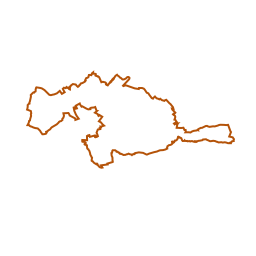 Nogales, Veracruz, Mexico, rotated 113°
{"feature_id": "50627088B81981974228301", "entity_name": "Nogales", "entity_type": "district", "adm_level": 2, "iso_a3": "MEX", "parent_name": "Mexico", "parent_adm1": "Veracruz", "projection": "natural_earth1", "projection_center": [-97.192, 18.835], "detail": "fine", "context": "isolated", "style": "outline", "palette": "amber", "viewbox_px": 256, "rotation_deg": 113, "n_neighbors": 0, "source": "geoboundaries", "source_scale": "gbopen_adm2", "svg_char_len": 5879}
<svg xmlns="http://www.w3.org/2000/svg" viewBox="0 0 256 256"><g transform="rotate(113 128 128)"><path d="M114.2,199.1L114.8,199.5L115.0,200.1L114.5,200.6L115.7,201.2L115.7,201.4L116.4,201.7L116.2,201.7L116.0,202.7L117.4,203.3L119.1,201.3L119.8,200.3L122.4,202.2L120.5,205.3L123.9,207.0L126.2,209.4L126.4,209.9L127.9,211.8L128.2,213.4L125.7,219.7L125.2,222.8L125.4,224.3L126.2,227.5L126.4,228.2L126.7,228.3L128.6,228.1L129.9,227.5L130.5,227.4L131.4,228.2L132.0,228.2L132.2,228.9L132.6,229.2L135.6,230.4L137.1,229.6L141.9,228.7L143.3,228.7L144.0,228.2L144.6,228.8L146.1,229.3L147.7,228.6L149.4,228.2L150.5,228.1L150.4,226.3L150.4,224.0L152.3,222.8L153.1,222.9L154.8,221.9L157.7,221.6L159.4,221.2L160.1,221.8L161.9,221.4L164.6,221.6L164.0,220.1L164.5,219.2L164.6,218.2L164.4,217.5L164.5,215.4L164.3,213.3L163.9,211.9L163.7,210.8L164.9,207.8L165.5,207.1L167.2,204.4L167.0,203.8L166.1,202.3L165.3,201.3L164.2,201.1L164.1,201.5L163.5,201.9L162.5,200.9L161.2,200.3L159.7,199.2L158.0,198.8L157.1,198.4L152.5,195.0L149.9,193.9L149.4,193.9L148.6,193.4L147.8,192.3L146.2,191.5L145.4,192.0L144.8,191.9L143.8,191.5L141.8,191.7L139.7,193.2L137.5,188.7L138.4,187.3L139.3,186.6L139.8,180.5L140.1,180.1L141.1,179.6L138.7,177.0L137.1,179.7L135.8,181.4L133.2,184.1L130.4,186.0L129.4,184.9L130.9,184.0L129.9,182.7L127.9,184.8L124.3,182.0L125.1,181.3L126.5,179.1L125.9,178.6L126.4,173.9L126.4,171.9L125.4,170.1L124.8,170.6L123.8,169.9L122.3,167.2L121.5,166.4L124.5,163.6L124.4,163.2L126.8,164.4L127.0,161.4L127.5,160.8L128.3,160.1L128.4,159.7L127.2,159.3L127.7,156.1L133.2,157.4L133.4,155.1L134.5,153.1L135.2,151.0L136.9,153.0L137.7,153.0L137.6,153.9L138.7,153.5L139.1,154.0L139.9,153.2L141.2,155.2L144.6,155.1L145.8,153.8L147.2,152.6L147.7,153.3L148.0,153.0L148.4,153.3L149.3,154.5L149.2,154.9L148.9,155.1L148.4,154.5L148.1,154.6L147.8,154.9L147.7,155.4L151.0,159.6L149.6,160.8L150.3,161.7L150.8,161.3L151.5,162.6L155.2,160.9L156.9,165.4L157.8,165.1L158.4,164.7L158.4,164.3L157.8,162.6L157.9,161.5L158.3,161.0L158.6,161.0L159.1,161.0L159.6,161.7L160.0,161.6L160.2,160.9L159.9,159.9L160.0,159.0L161.0,158.7L161.7,158.1L162.5,157.7L163.0,157.1L163.1,156.2L163.3,156.1L164.2,154.6L166.1,153.0L167.0,152.5L168.1,151.3L168.4,150.7L169.1,150.1L169.4,149.5L171.9,148.9L172.4,148.6L172.5,147.9L172.4,147.6L173.3,145.8L173.8,142.8L173.8,142.5L173.6,142.4L173.0,142.4L173.1,142.1L174.0,141.2L175.0,139.1L175.1,138.4L174.9,136.8L174.4,136.1L172.9,138.2L169.5,132.5L168.8,133.1L165.3,128.8L164.6,129.0L163.7,129.7L161.6,130.6L160.9,131.1L159.9,132.2L157.6,133.5L157.0,133.0L155.3,133.5L154.5,133.4L153.5,131.1L153.9,129.5L154.3,129.3L154.3,128.9L153.9,128.2L154.4,127.0L154.1,126.2L154.8,125.6L154.9,125.1L154.4,124.0L154.6,121.6L153.6,119.7L152.8,119.1L152.3,118.2L151.4,117.5L151.4,115.8L151.1,114.7L151.4,113.8L150.4,113.4L150.1,112.9L149.4,112.4L149.8,112.3L149.5,111.8L148.5,111.5L148.0,111.1L146.2,108.5L145.0,104.4L145.2,100.6L145.0,100.1L143.2,98.4L140.1,94.6L138.3,92.1L137.0,90.9L136.0,89.8L134.6,87.0L133.1,85.1L131.7,83.9L131.4,84.4L130.3,84.3L129.5,84.6L127.8,83.6L127.2,82.6L126.1,81.5L125.1,81.1L123.4,82.1L123.1,81.7L124.2,80.8L123.8,80.4L123.4,80.4L123.1,80.1L122.7,80.4L122.0,79.9L121.2,79.9L120.9,79.1L119.4,78.2L117.9,78.3L117.5,78.0L117.3,78.3L116.5,78.5L116.3,78.3L116.4,76.6L116.7,76.2L116.5,75.5L116.6,74.9L118.2,73.4L118.6,72.6L117.9,71.1L117.3,71.0L117.6,70.5L117.2,69.3L116.8,68.5L117.0,68.1L115.9,66.0L116.1,65.5L115.0,64.0L115.0,62.4L114.4,61.8L114.7,61.5L114.7,61.0L114.2,60.9L114.3,60.4L114.1,59.8L113.6,60.1L113.2,59.1L112.4,58.3L111.6,56.9L110.1,54.7L109.3,54.5L107.9,51.8L108.1,50.3L108.0,49.9L108.1,47.4L107.9,46.8L106.5,44.6L106.0,42.8L106.0,40.7L105.8,40.2L105.9,39.7L105.9,39.0L104.6,36.5L104.4,35.1L103.3,33.3L103.0,31.7L102.9,30.0L101.8,27.3L101.4,27.3L101.6,28.3L100.7,27.4L99.8,27.2L98.6,25.6L97.9,26.1L96.9,26.1L95.7,28.0L96.3,31.5L91.5,31.6L90.9,32.5L86.0,37.1L86.9,38.6L87.6,40.8L89.0,44.4L89.8,45.5L90.6,46.2L92.6,48.7L93.3,50.5L95.1,53.4L95.3,55.1L95.2,56.1L95.8,57.2L99.0,60.0L99.4,61.0L101.4,62.7L102.1,63.1L102.6,62.7L102.6,63.1L102.9,63.5L103.4,63.8L105.0,66.5L106.3,67.8L107.7,68.7L108.2,70.4L109.5,73.4L108.8,73.3L107.3,74.2L107.8,75.2L106.1,77.1L107.2,79.0L108.8,83.3L106.4,83.8L105.8,84.1L105.4,83.9L105.0,84.2L104.5,84.0L105.8,86.1L106.4,86.4L105.9,87.4L103.4,85.5L102.6,86.9L101.9,87.7L102.1,88.5L99.7,88.7L99.0,89.0L98.6,89.4L98.3,89.9L98.1,91.1L97.8,91.9L97.1,91.6L97.1,91.3L96.0,90.6L95.4,90.4L93.7,94.5L93.0,95.1L92.7,93.6L91.3,94.7L89.3,98.4L89.1,99.4L87.1,103.8L87.9,104.7L88.8,105.1L89.1,107.6L88.5,109.8L89.4,110.3L89.3,112.1L89.5,112.9L89.1,114.3L88.5,115.5L90.4,116.4L91.2,116.5L91.2,117.8L89.0,121.6L88.2,122.7L88.1,123.4L88.2,124.5L86.1,127.7L85.6,128.9L85.7,130.8L86.9,133.5L87.9,133.3L88.9,137.3L89.5,146.2L89.9,147.2L91.2,148.6L91.0,149.1L83.1,146.2L82.1,146.0L81.3,146.2L81.0,146.7L80.9,147.6L81.4,148.5L83.4,149.4L84.8,150.7L85.4,151.8L85.4,152.4L84.8,153.7L84.7,155.1L84.1,156.3L83.6,158.5L83.3,158.9L84.0,159.4L85.2,160.0L86.3,160.1L87.0,160.4L88.0,160.8L88.1,160.4L88.5,160.5L88.4,161.0L88.9,161.2L89.1,160.5L89.6,160.7L89.4,161.3L89.8,161.5L90.8,161.3L91.4,162.0L92.4,162.3L92.5,161.7L93.0,161.9L92.9,162.4L96.7,163.3L96.7,163.9L96.3,163.8L96.4,165.3L95.4,165.5L94.9,166.6L95.3,169.2L96.3,170.4L92.5,174.4L92.3,175.2L92.5,175.7L92.1,176.2L92.4,176.8L92.5,178.4L92.3,178.6L91.0,178.6L90.9,178.9L91.1,180.3L91.8,181.5L90.5,181.9L91.4,182.4L92.2,182.5L93.7,182.4L94.1,184.0L94.5,184.7L95.8,184.5L96.3,184.3L97.5,184.8L98.3,185.9L98.5,186.0L100.8,186.1L101.0,185.5L102.2,185.8L104.4,187.5L105.5,188.9L107.0,189.0L107.5,189.5L108.7,189.6L109.7,190.2L109.2,191.7L108.4,193.1L109.1,195.9L111.1,197.1L111.3,197.1L111.6,197.3L112.2,197.2L112.5,197.6L112.8,197.7L112.9,197.4L113.5,197.2L114.0,197.4L114.8,196.6L115.2,196.5L115.1,197.5L114.7,197.6L114.6,198.2L114.3,198.6L114.2,199.1Z" fill="none" stroke="#b45309" stroke-width="2"/></g></svg>